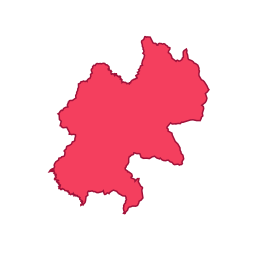 Frontino, Antioquia, Colombia (Mercator projection), rotated 157°
{"feature_id": "7082276B55933197621379", "entity_name": "Frontino", "entity_type": "district", "adm_level": 2, "iso_a3": "COL", "parent_name": "Colombia", "parent_adm1": "Antioquia", "projection": "mercator", "projection_center": [-76.301, 6.705], "detail": "fine", "context": "isolated", "style": "filled", "palette": "rose", "viewbox_px": 256, "rotation_deg": 157, "n_neighbors": 0, "source": "geoboundaries", "source_scale": "gbopen_adm2", "svg_char_len": 5861}
<svg xmlns="http://www.w3.org/2000/svg" viewBox="0 0 256 256"><g transform="rotate(157 128 128)"><path d="M164.6,50.5L164.0,50.5L163.6,51.2L160.4,52.7L159.4,54.0L157.7,54.8L156.4,54.4L154.4,54.4L151.4,53.0L149.5,53.0L147.4,54.8L146.3,56.3L144.1,56.5L141.6,57.8L139.9,64.4L139.4,65.7L138.0,67.2L138.1,68.1L139.0,69.3L139.5,74.5L137.7,77.1L139.1,77.7L142.3,76.3L141.8,78.0L144.6,81.0L144.3,81.6L142.9,82.0L142.6,84.1L144.3,87.1L145.4,87.8L145.1,88.3L146.6,90.7L146.3,92.3L144.9,92.9L144.4,93.9L142.6,94.6L140.8,96.1L139.2,99.8L137.9,101.2L137.1,101.0L135.6,101.7L133.7,101.5L133.1,101.7L132.3,102.9L132.0,102.8L130.0,101.0L127.8,100.1L127.1,99.4L127.4,96.1L127.0,95.4L126.1,94.9L126.0,94.2L122.4,92.8L120.3,91.5L116.9,92.0L114.6,91.6L113.1,89.0L111.0,87.2L110.1,87.7L109.2,85.5L108.0,84.2L106.0,83.1L104.7,83.1L103.4,82.6L102.4,80.4L100.9,79.2L100.2,76.9L99.5,76.1L96.1,75.2L95.2,73.8L94.3,73.9L93.7,73.6L92.7,73.5L91.7,74.3L91.8,75.2L91.1,76.2L88.8,77.8L88.1,81.5L89.0,83.8L88.6,85.2L88.7,87.2L87.9,89.5L88.4,93.8L89.8,97.2L90.0,104.1L89.6,106.1L92.3,109.5L91.6,111.0L91.6,111.8L92.2,112.8L91.7,113.6L86.9,116.1L85.7,114.4L82.5,113.3L82.3,112.9L81.6,113.0L79.6,112.4L78.2,111.6L76.4,112.4L75.3,111.8L67.5,111.0L65.0,110.2L61.9,108.0L58.7,106.6L56.9,108.2L56.3,109.2L54.4,109.9L53.8,112.6L50.8,116.2L50.3,118.0L50.6,119.1L51.2,120.1L47.0,121.3L45.3,122.5L43.7,124.6L43.3,129.5L41.0,130.2L38.5,131.7L38.9,132.9L38.9,136.0L39.7,140.7L40.4,142.4L41.6,143.7L42.2,148.4L41.6,150.2L40.0,152.6L40.0,154.0L39.3,155.3L39.2,158.5L40.6,160.9L41.7,161.8L42.0,163.3L42.9,164.9L45.3,167.3L45.6,168.3L44.6,172.0L44.6,174.5L43.5,176.2L43.4,177.9L46.2,177.3L47.5,176.4L49.4,171.5L50.7,171.1L51.7,169.9L53.6,169.5L54.9,169.6L55.9,171.1L57.0,171.1L57.7,170.6L60.2,175.0L59.9,177.1L60.0,178.9L60.4,180.2L61.4,181.6L60.6,183.0L58.6,184.3L58.1,185.6L59.5,186.6L59.8,188.2L60.7,189.3L61.1,190.6L62.0,191.6L63.5,191.7L64.2,192.6L66.2,193.7L67.5,193.5L68.2,192.6L69.0,193.0L69.2,194.7L69.8,195.3L71.0,195.7L71.7,196.7L72.1,203.0L74.6,204.3L75.5,204.3L75.9,205.1L76.8,205.5L78.9,203.4L81.4,202.8L82.0,201.8L82.3,199.0L82.9,197.5L82.7,195.7L83.4,194.8L83.1,194.0L83.5,192.0L85.1,191.0L84.4,189.5L84.4,188.4L86.0,186.2L88.2,184.4L90.2,181.6L90.1,180.2L92.2,180.2L93.4,178.6L94.3,177.9L95.5,177.6L95.1,176.2L96.5,175.6L97.5,175.6L97.1,173.7L100.3,173.2L100.3,171.5L99.8,171.1L100.3,170.3L102.1,170.5L102.7,170.1L103.4,170.6L104.0,170.3L105.3,170.4L107.2,169.6L108.0,168.6L109.0,169.1L109.5,168.1L110.9,169.3L111.7,169.2L112.2,170.6L112.8,171.2L113.7,171.4L114.1,172.1L115.6,172.2L115.2,172.6L115.6,173.9L115.1,174.5L114.8,174.5L114.7,174.9L115.9,176.1L115.2,176.5L115.5,177.3L114.8,178.2L115.1,178.8L116.2,178.5L116.2,179.3L117.0,179.3L117.4,179.8L117.5,180.8L118.1,181.0L118.3,181.4L117.6,182.5L118.6,182.9L119.8,181.5L119.9,181.9L119.5,183.3L120.2,183.3L121.0,184.0L122.0,183.8L122.3,184.3L121.9,186.2L121.2,186.3L121.5,186.9L121.2,187.5L122.0,187.9L122.4,188.9L123.3,189.1L123.3,189.4L123.1,190.2L122.1,190.2L121.6,192.0L122.6,194.3L123.8,195.0L124.2,196.5L125.4,197.2L127.7,197.6L128.3,198.2L129.9,198.6L131.3,199.5L132.2,199.4L133.9,198.4L134.9,199.1L136.6,198.3L137.0,197.1L138.8,196.3L139.3,195.3L139.4,192.6L141.5,192.0L142.1,190.1L143.8,188.5L144.6,188.8L146.2,188.3L146.9,187.8L147.5,186.8L148.2,187.6L149.3,187.5L150.7,188.7L151.5,188.5L153.3,188.9L154.5,187.9L156.4,187.9L157.6,184.8L159.0,183.6L159.6,182.3L161.3,180.9L161.8,179.7L163.4,178.4L163.9,177.2L164.1,176.0L168.4,175.1L170.4,175.9L171.3,176.0L172.2,175.2L172.9,175.1L173.1,174.4L174.3,173.5L174.9,172.8L175.1,170.9L177.5,171.4L179.6,171.1L181.2,169.8L181.8,169.8L182.1,170.3L182.6,170.3L184.1,169.7L185.3,168.7L186.9,168.4L186.2,167.1L187.8,162.6L186.8,160.3L189.5,156.7L188.8,156.3L188.8,155.2L187.7,153.6L184.1,152.5L183.6,146.7L184.5,145.2L183.1,144.7L182.7,144.0L180.7,143.5L179.0,142.4L179.5,140.9L181.0,139.0L181.9,137.2L183.6,136.7L184.6,137.0L186.3,135.3L188.6,134.9L190.6,135.1L191.7,134.9L193.2,132.8L195.5,132.1L195.8,131.5L195.5,131.0L195.6,129.9L197.2,127.4L197.9,127.0L200.3,127.4L201.3,126.8L203.4,127.2L204.3,125.8L207.8,125.0L209.7,123.6L210.5,122.6L210.8,120.9L211.9,119.9L213.9,120.0L215.8,119.6L217.5,118.5L216.9,118.4L215.6,118.7L215.2,117.9L214.6,117.7L214.2,118.2L214.4,118.8L214.1,119.2L212.6,118.2L213.6,116.8L213.0,116.4L213.1,115.3L213.8,115.1L213.1,113.6L212.4,113.4L212.5,113.0L212.9,112.3L213.6,112.3L213.4,111.7L213.6,110.4L214.3,110.2L215.1,110.4L215.6,109.7L215.2,109.3L215.3,108.8L214.7,108.8L213.7,107.6L213.0,107.5L212.6,107.0L213.7,106.7L214.3,106.9L214.7,106.5L213.9,105.2L213.3,104.9L213.9,104.4L213.8,103.9L213.3,103.5L213.6,103.1L213.5,102.2L212.8,102.4L212.5,101.9L213.1,101.0L213.9,101.4L214.2,101.0L214.6,101.0L214.1,99.9L214.5,99.5L214.9,99.9L215.2,99.3L214.0,98.6L213.9,97.6L213.0,97.3L212.5,97.9L212.1,97.9L210.7,96.2L210.5,95.0L208.8,94.2L208.7,93.5L207.8,93.3L208.1,92.3L207.3,91.6L208.0,90.2L207.0,89.7L206.7,89.0L205.2,89.3L204.7,88.3L204.0,89.0L204.0,88.1L203.6,87.9L203.9,87.4L203.4,87.2L203.7,86.8L202.9,86.9L202.9,86.1L202.2,85.7L201.9,86.0L201.4,85.5L201.0,85.5L201.1,84.7L199.7,83.2L199.5,82.5L199.9,82.3L200.2,81.1L199.2,79.5L199.8,78.9L199.3,78.7L199.5,78.1L198.5,78.3L198.5,78.1L199.2,77.6L199.6,75.4L200.0,76.1L201.0,76.1L201.5,75.7L201.6,75.2L200.5,75.5L199.8,75.0L199.2,75.0L196.7,76.2L195.6,77.5L193.4,81.3L191.2,81.8L190.6,84.2L189.3,85.3L188.7,85.3L188.4,84.7L185.5,84.1L184.6,82.9L183.2,82.3L182.1,80.8L180.7,80.1L177.0,79.6L176.0,79.5L175.3,79.9L175.6,76.7L175.5,76.0L175.1,75.8L174.0,75.8L172.5,76.4L171.5,75.7L171.1,75.0L170.3,75.7L168.1,76.3L165.7,76.5L163.0,74.0L162.8,72.6L161.9,71.3L162.0,70.9L160.6,69.5L160.5,69.0L159.2,67.5L157.1,66.5L156.9,64.6L157.4,63.9L157.4,62.7L158.8,61.7L159.5,60.1L160.9,59.5L162.3,58.3L162.5,57.4L163.6,56.0L164.1,53.8L164.0,52.3L165.5,51.3L164.6,50.5Z" fill="#f43f5e" stroke="#9f1239" stroke-width="1.5"/></g></svg>